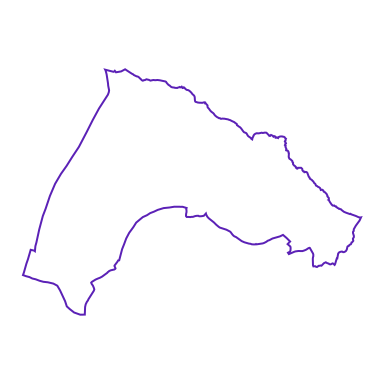 the district of Cerro De San Antonio, Magdalena, Colombia
{"feature_id": "7082276B80696597151796", "entity_name": "Cerro De San Antonio", "entity_type": "district", "adm_level": 2, "iso_a3": "COL", "parent_name": "Colombia", "parent_adm1": "Magdalena", "projection": "orthographic", "projection_center": [-74.78, 10.29], "detail": "fine", "context": "isolated", "style": "outline", "palette": "violet", "viewbox_px": 384, "rotation_deg": 0, "n_neighbors": 0, "source": "geoboundaries", "source_scale": "gbopen_adm2", "svg_char_len": 6007}
<svg xmlns="http://www.w3.org/2000/svg" viewBox="0 0 384 384"><path d="M99.0,108.5L92.7,120.1L86.7,132.0L78.9,146.9L72.2,157.0L66.6,165.9L61.0,173.8L55.1,183.8L49.9,196.0L45.6,208.8L42.8,216.1L39.2,229.6L36.4,242.5L35.4,246.1L34.9,251.2L34.1,250.6L30.7,249.8L28.0,259.1L26.4,263.7L23.9,272.5L23.0,275.1L26.1,276.2L29.5,277.1L32.3,278.5L35.7,279.3L39.7,280.8L43.4,281.8L47.9,282.3L53.4,283.6L57.3,285.7L60.0,290.3L65.1,301.2L66.8,306.4L69.9,309.2L74.1,312.5L80.3,314.7L84.8,314.6L85.1,307.0L85.7,304.3L86.9,301.8L87.9,300.5L88.4,299.3L93.8,290.8L94.3,289.4L93.9,288.0L92.9,285.6L91.8,284.1L91.3,283.0L91.2,282.6L92.0,281.8L95.5,279.6L98.0,278.5L100.1,277.7L102.1,276.6L107.3,272.8L107.7,272.2L108.6,271.6L109.2,271.0L110.8,270.3L114.3,269.5L115.2,268.9L115.5,268.5L115.3,267.8L114.5,266.1L114.5,265.6L117.3,261.9L118.2,260.4L119.2,260.3L122.1,249.2L124.1,244.2L126.2,238.5L129.2,232.8L133.3,227.2L136.2,222.6L139.9,219.5L142.8,217.1L147.0,215.2L150.2,213.1L153.9,211.7L157.7,209.9L163.6,208.1L169.5,207.5L174.4,206.7L182.6,206.8L186.6,208.0L186.2,209.1L186.4,209.5L186.5,210.7L186.5,212.1L186.1,213.9L186.0,215.7L186.1,216.3L186.8,217.0L187.9,216.9L190.4,217.1L191.2,216.9L192.3,216.9L193.1,216.8L195.1,216.1L196.9,215.8L198.4,215.8L199.0,216.2L200.0,216.3L201.6,216.2L203.8,215.8L205.9,213.5L206.1,214.3L206.7,215.6L207.4,216.8L208.0,217.5L209.0,218.5L213.9,222.4L216.3,224.8L218.8,226.9L219.9,227.6L226.4,229.7L229.9,231.5L230.7,232.2L232.3,234.4L233.4,235.6L234.3,236.3L236.1,237.1L241.7,241.1L244.4,242.3L248.9,243.6L250.5,243.8L251.8,244.3L253.5,244.4L255.4,244.4L256.0,244.0L256.4,244.3L256.9,244.3L262.8,243.4L264.2,242.9L266.5,241.7L267.6,240.8L269.5,240.1L272.5,238.5L279.9,236.4L283.0,234.9L286.6,238.0L290.1,241.5L287.6,244.1L290.3,246.5L290.5,247.1L290.6,248.1L290.5,250.2L290.2,251.2L289.4,252.0L288.0,252.7L288.9,254.1L294.5,251.7L295.5,251.4L298.4,251.0L302.4,251.1L304.5,250.4L306.3,249.6L308.4,248.2L309.5,247.8L309.8,247.9L313.0,253.5L313.3,254.5L313.3,256.3L313.0,257.2L312.8,258.9L313.0,265.4L313.4,266.4L315.1,266.2L316.1,266.8L317.0,267.0L318.7,265.8L319.4,265.8L320.5,265.5L321.5,265.7L323.9,263.2L325.8,262.3L327.1,263.1L328.7,263.6L329.4,264.2L330.0,264.3L330.8,264.3L332.5,263.4L333.0,263.5L334.6,264.9L335.1,264.1L336.5,259.3L336.9,258.2L337.3,258.3L338.2,253.5L339.1,252.4L340.2,251.9L341.5,251.6L342.2,251.6L343.0,252.1L344.0,252.1L345.3,251.5L346.0,250.9L346.8,249.5L347.4,246.8L347.7,246.3L348.6,246.0L349.0,245.7L349.2,245.2L349.8,244.7L350.8,244.3L351.2,243.7L351.5,242.5L352.2,242.2L353.3,240.8L352.9,238.9L353.0,238.5L353.8,237.3L353.9,236.0L353.0,233.0L353.0,232.1L353.2,231.5L353.7,231.0L353.8,229.2L355.8,225.7L359.6,220.5L361.0,217.4L360.5,217.5L358.8,217.3L355.7,215.9L351.4,214.4L350.5,213.8L350.0,214.1L346.3,212.8L344.1,211.9L343.0,211.1L341.6,210.0L341.1,209.4L340.6,209.2L340.3,209.2L339.6,208.8L339.1,208.9L338.8,208.5L337.4,207.9L337.3,207.6L336.6,207.1L336.2,207.0L336.1,206.6L335.9,206.3L335.1,206.2L334.5,206.0L334.2,205.5L333.4,205.6L332.8,205.6L332.6,205.5L332.2,205.0L331.8,204.8L329.8,201.9L328.8,200.0L328.6,199.9L328.9,199.7L328.8,198.0L327.4,196.4L327.4,195.5L327.0,194.9L326.7,194.1L324.9,192.2L323.8,191.7L323.5,191.3L323.5,190.9L323.1,190.3L322.1,189.7L320.8,190.0L320.4,188.8L319.9,187.9L318.6,187.0L317.9,186.8L317.3,186.2L315.9,185.5L315.6,184.5L315.2,183.8L314.1,182.9L313.3,181.4L312.6,180.9L311.9,180.0L309.8,178.6L309.6,177.5L308.8,176.8L307.3,172.8L306.6,172.1L305.8,171.9L304.7,172.2L304.5,171.9L304.2,172.0L304.0,171.6L303.8,171.4L303.2,171.3L302.4,170.2L302.3,169.2L302.2,168.8L301.1,167.8L298.0,167.8L297.5,168.6L296.8,168.5L296.6,168.0L295.9,167.7L295.9,167.0L295.4,166.6L295.2,166.2L294.2,165.6L293.1,164.3L293.0,163.4L293.1,163.1L293.1,162.8L292.8,162.3L292.4,162.0L292.3,161.0L290.6,159.4L289.5,158.8L289.1,158.1L288.9,157.3L288.7,157.0L288.9,153.3L288.5,152.8L288.6,152.2L288.2,151.3L287.7,150.7L287.3,150.5L286.6,150.5L286.1,150.3L286.1,149.8L286.3,149.3L286.3,148.7L285.6,147.3L285.4,146.2L285.6,146.1L285.7,145.9L284.9,145.1L285.2,144.5L285.4,143.7L285.9,143.6L286.0,143.4L285.7,143.0L285.6,142.3L284.9,141.7L284.8,141.4L285.7,140.0L285.6,139.1L285.9,138.7L285.1,138.0L284.8,137.4L283.9,136.8L282.6,136.6L282.1,136.4L280.0,136.5L278.3,137.2L278.3,137.7L278.1,138.1L276.0,137.2L275.7,137.4L275.6,137.7L275.4,137.6L275.4,136.8L275.2,136.5L274.1,136.1L273.4,136.7L272.6,135.7L270.9,134.9L270.7,135.0L270.8,134.8L270.1,135.9L269.4,135.8L266.5,132.8L266.3,132.7L264.9,132.6L262.8,133.0L261.7,132.7L259.6,133.2L258.0,133.4L256.9,133.2L255.4,133.7L254.3,134.5L253.5,135.6L253.3,136.5L252.6,137.6L252.2,139.4L251.4,138.9L250.8,138.0L249.9,137.3L248.8,136.6L247.9,135.8L246.5,133.4L246.0,133.0L244.0,132.2L243.2,131.3L241.2,128.5L240.1,127.3L238.3,126.2L237.9,125.7L237.0,125.2L236.7,123.9L235.4,123.1L234.4,122.2L231.8,121.0L230.1,120.1L228.7,119.7L228.1,119.4L224.3,118.7L222.4,118.6L221.2,118.8L220.5,118.7L219.8,118.1L218.8,118.1L218.3,117.7L217.4,117.3L216.4,116.6L215.2,115.6L214.1,114.3L213.9,113.8L213.3,113.2L211.2,111.6L210.1,110.4L209.0,108.8L207.7,107.4L207.5,106.4L207.5,105.4L205.5,103.2L205.4,102.9L205.0,103.1L204.8,102.4L204.2,102.3L202.4,102.8L199.2,102.7L198.8,102.6L198.1,102.6L195.5,101.8L195.1,101.2L194.9,100.1L194.7,97.1L194.4,96.2L193.9,95.4L192.5,94.2L191.3,92.6L189.4,90.8L188.1,90.1L186.8,89.9L186.0,89.4L184.6,88.1L184.5,87.8L183.8,87.3L183.6,87.3L183.2,87.9L182.6,88.0L181.7,86.7L180.8,87.4L179.7,87.0L179.4,87.3L178.4,87.4L177.1,88.0L176.4,87.9L175.1,87.9L174.4,87.6L172.1,87.3L171.0,86.8L169.5,85.4L169.1,85.3L168.3,84.7L166.6,82.8L166.1,81.9L165.5,81.5L159.9,80.3L157.5,80.0L155.2,80.2L153.3,80.0L150.4,80.6L149.0,79.9L146.4,79.3L144.9,80.1L143.8,80.2L142.9,80.7L142.7,80.7L141.7,80.1L140.7,79.0L139.7,78.2L139.4,77.7L138.2,76.8L137.6,76.5L136.7,76.4L133.8,75.0L133.1,74.3L132.0,73.8L125.1,69.3L121.2,71.4L116.0,72.3L114.8,70.8L114.1,71.6L113.5,71.8L105.2,69.7L105.6,70.5L106.6,74.3L108.0,83.3L108.2,85.7L109.1,90.3L108.8,92.2L107.9,94.7L99.0,108.5Z" fill="none" stroke="#5b21b6" stroke-width="2"/></svg>